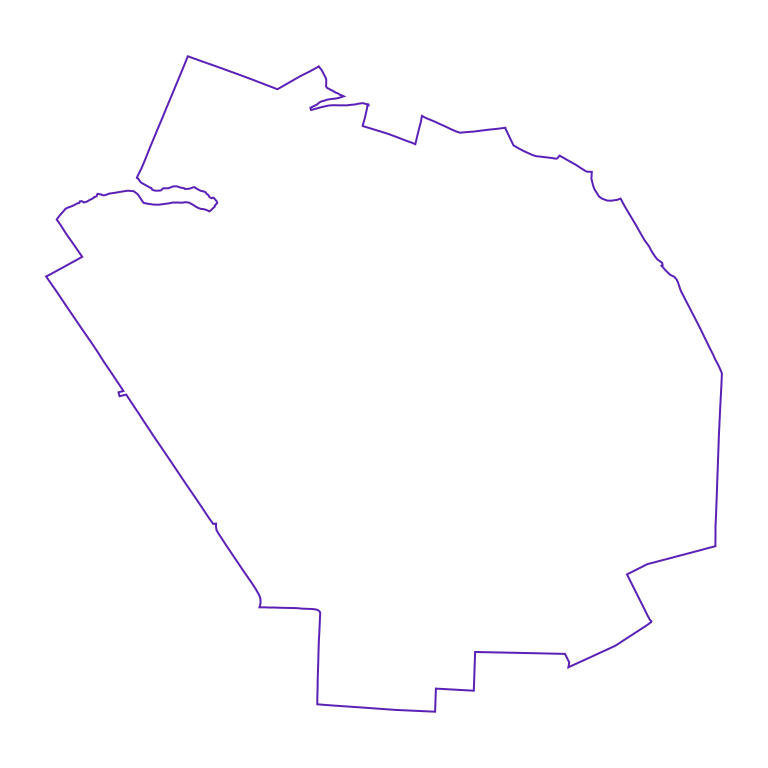 outline of Gradistea, Ilfov, Romania
{"feature_id": "2599482B24694336767373", "entity_name": "Gradistea", "entity_type": "district", "adm_level": 2, "iso_a3": "ROU", "parent_name": "Romania", "parent_adm1": "Ilfov", "projection": "equal_earth", "projection_center": [26.312, 44.651], "detail": "fine", "context": "isolated", "style": "outline", "palette": "violet", "viewbox_px": 768, "rotation_deg": 0, "n_neighbors": 0, "source": "geoboundaries", "source_scale": "gbopen_adm2", "svg_char_len": 5775}
<svg xmlns="http://www.w3.org/2000/svg" viewBox="0 0 768 768"><path d="M505.3,127.8L503.7,128.0L500.4,128.4L496.6,128.9L495.5,129.0L487.6,129.8L483.1,130.4L481.0,130.6L474.5,131.5L470.5,131.8L465.3,132.2L461.3,132.6L460.2,132.7L459.0,132.4L456.3,131.5L450.1,128.8L446.5,127.0L445.2,126.4L439.5,123.9L437.0,122.7L434.4,121.5L431.1,120.1L426.3,118.2L424.5,117.3L421.9,115.9L420.9,121.7L419.0,129.0L418.1,132.6L417.3,135.8L415.9,141.8L415.3,144.2L411.8,142.7L406.7,140.9L400.7,138.6L396.3,136.9L390.7,134.8L386.8,133.4L377.3,130.5L370.5,128.4L363.5,126.3L362.6,125.9L364.8,118.2L366.8,109.3L367.2,107.4L367.3,105.5L368.6,105.4L368.5,104.4L366.6,104.1L366.4,104.1L363.6,103.3L362.2,103.2L358.4,103.7L355.0,104.5L351.0,104.8L347.5,105.3L337.5,105.3L334.1,105.2L331.5,105.3L328.3,105.6L321.5,107.1L314.0,109.2L311.1,110.0L311.0,109.6L310.8,109.1L310.4,107.8L312.0,107.0L313.3,106.3L315.6,105.3L317.5,104.1L319.1,102.7L320.6,101.7L328.0,99.5L329.6,99.3L332.0,98.9L335.6,98.6L338.7,97.9L341.7,97.0L343.0,96.5L343.7,96.3L342.7,95.8L341.6,95.3L340.5,95.0L339.3,94.4L338.6,93.8L337.7,93.3L337.1,93.1L336.1,92.8L334.4,91.8L332.4,90.6L330.2,89.6L329.0,88.8L327.5,88.2L326.7,87.4L326.0,86.2L326.2,84.0L326.2,81.9L326.3,79.9L325.9,78.3L325.3,77.0L324.8,76.2L323.7,74.0L323.5,73.7L323.0,72.6L322.8,72.2L321.4,69.7L320.6,68.8L319.8,67.8L318.8,66.4L318.7,66.5L317.9,67.0L317.4,67.3L316.0,68.0L311.4,70.5L309.0,71.8L300.8,75.9L294.6,79.4L277.7,89.1L277.1,89.1L268.2,85.7L260.2,82.6L258.8,82.1L254.2,80.3L238.4,74.4L223.2,68.9L220.8,68.0L213.1,65.3L202.6,61.6L198.2,60.0L187.8,56.3L184.3,65.0L179.5,76.6L170.4,98.5L167.1,106.3L161.2,120.7L157.6,129.1L149.9,147.7L147.9,152.7L145.2,159.4L141.5,168.3L138.6,174.0L137.2,176.9L136.9,178.0L138.2,178.6L139.2,180.2L140.4,181.9L141.6,182.9L146.1,185.4L150.3,187.8L151.4,188.1L152.1,189.6L153.8,190.3L155.4,190.7L158.7,190.7L160.9,190.4L163.3,188.2L166.3,188.3L168.2,188.3L173.4,186.3L177.1,186.4L180.9,187.7L182.0,187.8L184.3,188.3L184.6,188.8L185.7,189.0L189.4,188.7L193.5,187.3L194.6,187.1L196.4,188.6L198.4,189.6L200.9,190.9L203.5,191.4L205.5,192.2L206.8,194.0L208.5,195.2L209.5,197.1L210.6,197.7L211.5,198.3L212.4,198.0L212.8,197.7L213.5,197.7L214.8,199.0L216.5,201.1L217.2,202.5L217.1,203.2L216.4,203.9L215.9,204.5L214.9,205.4L214.8,206.6L209.8,211.2L209.3,211.4L207.3,210.3L204.0,209.2L201.3,209.0L198.6,208.1L196.2,206.9L192.5,204.5L189.0,202.6L185.4,202.2L182.2,202.7L177.0,202.5L172.9,202.5L168.6,203.4L161.8,204.3L158.9,204.7L153.7,204.6L150.8,204.2L147.4,203.7L143.8,202.9L143.2,202.4L140.3,198.0L137.8,194.3L133.7,191.2L127.8,190.7L123.1,191.4L114.3,192.9L109.2,193.6L105.9,194.9L104.0,195.3L102.4,195.2L100.9,194.3L99.7,194.3L98.4,193.9L97.5,193.9L96.8,195.3L96.6,196.3L95.3,196.8L94.2,197.0L93.4,198.1L89.4,200.1L86.9,201.6L84.7,202.3L83.8,202.4L82.5,201.6L81.6,201.1L80.7,201.3L79.8,201.4L79.5,202.6L79.0,203.1L77.5,203.3L77.1,203.5L73.6,205.4L69.0,207.3L67.8,207.5L65.2,209.1L63.2,211.6L60.0,215.1L57.0,219.1L56.7,219.6L59.0,222.7L60.8,225.3L62.5,228.1L66.2,233.8L68.7,237.4L73.1,243.6L78.4,251.3L81.8,256.2L82.2,256.8L75.6,260.5L56.6,270.9L51.5,273.7L47.6,275.8L47.2,276.0L47.2,275.9L46.1,276.5L48.2,279.5L56.5,291.4L59.0,295.1L64.6,303.5L81.6,328.5L91.8,343.2L98.2,352.8L103.8,361.7L107.6,367.3L112.9,375.1L116.6,380.7L120.3,386.2L123.4,391.0L118.5,392.3L119.6,396.2L126.2,394.6L133.0,404.9L139.5,414.6L142.6,419.5L148.4,428.2L155.4,438.8L159.7,445.0L162.6,449.3L165.6,453.7L178.7,473.2L186.9,485.4L199.3,503.5L209.0,518.1L213.2,523.9L216.1,523.6L215.9,526.0L216.5,530.1L218.4,533.4L221.6,538.3L225.9,544.9L230.9,552.3L242.2,569.1L244.9,573.1L247.7,577.1L251.7,582.9L255.7,589.0L257.0,591.3L258.8,594.4L260.3,598.0L260.6,602.4L260.4,603.7L259.9,605.9L259.8,606.3L259.5,607.3L261.6,607.3L267.0,607.4L268.1,607.5L272.1,607.5L276.5,607.6L277.6,607.7L278.1,607.7L282.1,607.8L286.6,607.9L295.9,608.1L298.4,608.3L303.3,608.7L309.8,608.9L314.5,609.2L316.1,609.6L317.2,609.8L318.6,610.6L319.5,611.4L320.1,612.4L320.2,613.1L319.9,619.1L319.7,624.1L319.4,631.1L318.9,639.8L318.6,648.4L318.2,663.9L317.7,679.5L317.6,685.6L317.6,686.4L317.6,687.2L317.3,699.4L317.3,704.3L330.0,705.3L357.6,707.2L358.0,707.2L360.5,707.4L395.2,709.9L432.9,711.6L433.4,711.6L435.1,711.7L435.9,688.6L473.8,690.7L475.1,652.0L533.5,653.2L565.0,653.9L567.6,659.2L569.2,662.2L568.8,665.1L568.4,667.3L615.2,645.8L646.9,625.2L651.0,622.2L651.4,621.3L650.0,620.0L647.6,615.6L643.0,606.3L627.0,574.4L647.2,564.2L648.6,563.8L653.3,562.6L658.6,561.2L674.5,557.0L682.9,554.8L690.2,552.9L694.3,551.8L698.5,550.7L707.7,548.2L711.6,547.2L715.4,546.2L715.4,544.3L715.5,535.6L715.5,527.8L715.5,525.2L715.6,523.7L715.7,522.8L715.7,522.6L716.0,515.3L716.1,513.4L717.0,488.6L717.2,482.8L718.7,441.2L718.8,437.3L720.2,407.7L721.4,385.4L721.7,378.1L721.9,373.3L719.3,367.2L717.5,363.6L715.2,359.3L714.7,358.3L713.6,355.6L711.6,351.6L709.1,346.7L701.4,330.9L698.9,325.8L680.7,290.6L677.8,281.9L676.3,279.1L674.4,276.9L670.2,274.8L665.5,270.3L663.0,267.3L661.5,265.7L662.6,265.2L662.2,262.9L659.1,260.6L657.5,259.5L655.0,256.5L653.2,253.7L651.0,250.2L649.3,246.7L646.9,243.4L644.4,240.0L640.0,232.3L635.6,224.5L633.2,220.5L630.8,216.5L629.0,213.5L625.7,207.9L624.2,205.4L620.6,198.6L617.0,199.9L611.1,200.7L607.4,200.6L602.5,198.8L599.2,196.7L594.4,189.2L593.5,186.7L592.9,184.7L591.4,178.7L591.8,171.9L586.6,171.6L581.6,168.6L578.6,166.6L577.4,165.8L576.2,165.0L569.9,161.5L563.6,157.9L559.6,155.6L558.2,157.3L557.7,157.8L557.3,158.3L556.6,158.6L556.0,158.7L553.0,158.2L550.0,157.8L548.0,157.5L545.9,157.3L543.2,157.0L540.4,156.6L536.8,156.3L535.4,156.0L533.7,155.4L532.0,154.8L529.5,153.7L523.4,150.9L517.6,147.8L515.6,146.5L514.1,145.8L513.4,145.2L512.4,143.1L508.3,134.6L506.6,131.0L506.4,130.6L505.3,128.1L505.3,127.9L505.3,127.8Z" fill="none" stroke="#5b21b6" stroke-width="2"/></svg>